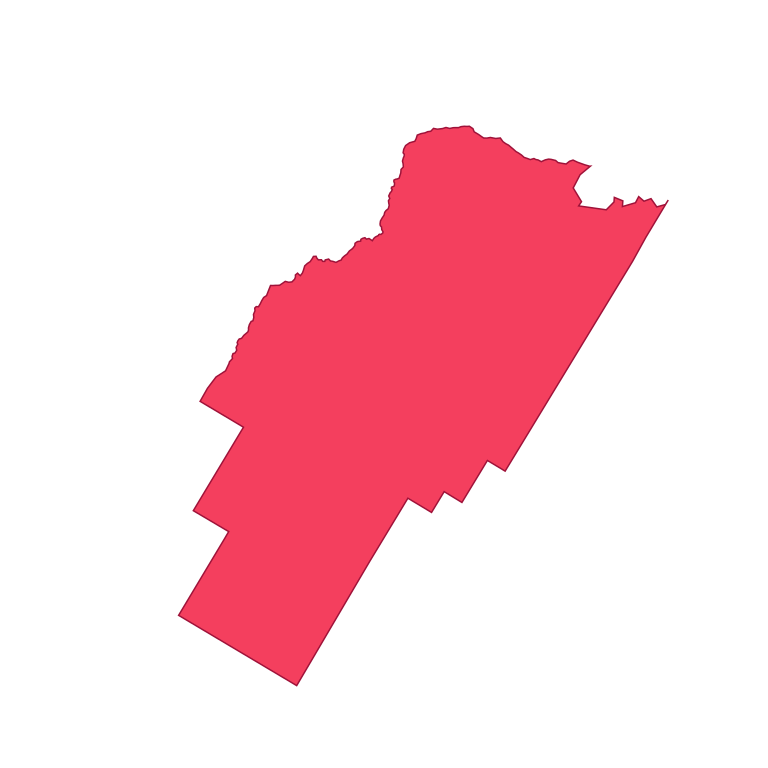 Teton, Montana, United States of America (Robinson projection), rotated 121°
{"feature_id": "52423323B79770151103522", "entity_name": "Teton", "entity_type": "district", "adm_level": 2, "iso_a3": "USA", "parent_name": "United States of America", "parent_adm1": "Montana", "projection": "robinson", "projection_center": [-112.547, 47.818], "detail": "fine", "context": "isolated", "style": "filled", "palette": "rose", "viewbox_px": 768, "rotation_deg": 121, "n_neighbors": 0, "source": "geoboundaries", "source_scale": "gbopen_adm2", "svg_char_len": 2857}
<svg xmlns="http://www.w3.org/2000/svg" viewBox="0 0 768 768"><g transform="rotate(121 384 384)"><path d="M91.0,319.3L91.4,319.9L92.7,324.8L94.2,332.2L94.7,337.3L97.5,339.7L101.6,341.2L103.5,345.9L104.6,348.9L104.0,352.0L105.4,356.5L106.5,358.8L108.8,361.2L112.4,363.7L112.6,367.4L113.4,369.5L113.5,371.6L116.3,374.2L116.8,377.1L117.6,380.6L116.9,384.1L116.7,387.8L116.8,390.5L116.0,394.6L115.7,396.7L115.1,400.2L115.3,403.5L115.0,406.9L113.2,411.0L116.0,414.7L117.9,419.8L120.1,422.3L121.8,425.2L121.7,427.7L121.4,431.4L121.4,436.6L119.3,439.3L119.1,443.6L120.4,445.4L121.8,448.0L123.7,450.5L125.9,452.2L128.5,456.5L131.1,459.3L132.2,463.0L134.9,465.4L138.1,469.5L139.4,473.2L143.3,474.1L145.2,476.5L147.6,478.2L150.3,481.2L153.5,483.7L157.1,482.8L160.1,482.6L164.0,486.3L168.5,488.3L172.6,488.0L176.0,486.7L176.7,484.9L178.3,484.1L180.1,483.9L183.4,483.0L185.3,481.1L188.0,479.2L191.3,479.9L194.5,478.3L197.6,477.6L199.7,477.0L201.4,478.2L202.5,479.5L204.1,480.5L205.7,479.6L206.0,478.7L207.8,477.7L208.9,477.2L210.0,477.8L211.4,478.9L212.8,478.3L212.9,477.2L215.0,476.8L216.9,477.2L220.4,476.8L222.0,474.6L224.6,474.6L226.4,473.2L228.1,471.6L231.5,470.6L234.3,471.6L236.5,471.8L239.3,470.9L242.4,471.1L246.1,471.0L248.9,469.8L250.2,468.7L250.6,467.1L252.9,465.4L253.9,463.4L255.1,462.8L257.4,463.6L257.8,464.8L258.6,465.4L259.6,465.3L262.4,467.1L264.3,467.7L267.2,467.8L267.1,469.4L267.0,471.8L268.9,473.7L268.4,475.7L270.2,477.4L271.9,478.3L273.6,477.6L274.8,479.2L275.7,480.2L278.3,481.3L280.4,480.3L284.0,480.7L287.8,482.2L291.7,482.6L294.5,483.8L297.2,484.6L300.0,484.6L301.4,485.9L304.5,487.8L305.2,491.0L306.1,493.3L305.4,495.8L307.9,498.3L309.4,497.9L310.5,499.8L309.7,501.6L311.4,504.2L310.7,506.4L309.5,508.0L311.0,510.2L313.1,510.1L317.1,510.3L320.2,511.8L323.6,512.8L328.2,511.6L331.0,511.1L334.2,511.5L334.0,513.3L333.5,515.2L336.2,516.1L337.9,515.0L340.2,514.6L343.9,515.5L345.9,518.1L346.9,521.5L349.6,522.7L353.2,524.4L355.2,527.6L356.9,530.1L358.0,532.0L361.0,531.5L364.0,531.0L368.7,530.2L371.8,531.7L375.7,531.7L378.8,531.4L382.4,531.4L383.5,533.4L385.5,533.9L387.7,532.3L391.6,531.7L394.0,529.9L397.3,528.9L398.8,530.1L402.4,530.0L405.7,529.1L407.4,528.0L409.2,527.5L411.0,528.0L414.5,529.2L418.2,529.6L420.0,531.3L422.2,531.5L424.2,531.2L425.2,529.8L428.8,529.6L431.0,527.6L434.2,527.7L435.7,529.1L438.5,528.5L440.2,527.0L444.6,527.9L446.2,527.4L454.3,526.6L464.5,531.6L478.6,533.1L493.6,532.7L493.4,482.2L590.8,482.2L590.5,441.1L598.4,441.0L688.1,440.9L687.5,303.5L543.3,304.9L469.6,304.7L469.6,277.1L445.3,277.0L445.4,256.2L396.3,256.0L396.3,235.3L150.9,234.1L123.0,235.1L79.9,235.1L85.2,235.2L91.7,241.4L87.6,250.6L93.4,255.3L92.2,262.2L99.1,261.8L109.1,271.0L104.0,273.6L105.4,282.7L109.5,280.6L120.2,283.2L131.1,308.9L126.0,308.6L118.5,322.8L103.6,323.7L91.0,319.3Z" fill="#f43f5e" stroke="#9f1239" stroke-width="1.5"/></g></svg>